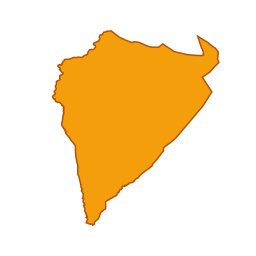 the district of Santa Cruz Itundujia, Oaxaca, Mexico, rotated 189°
{"feature_id": "50627088B33847319149889", "entity_name": "Santa Cruz Itundujia", "entity_type": "district", "adm_level": 2, "iso_a3": "MEX", "parent_name": "Mexico", "parent_adm1": "Oaxaca", "projection": "albers", "projection_center": [-97.652, 16.757], "detail": "fine", "context": "isolated", "style": "filled", "palette": "amber", "viewbox_px": 256, "rotation_deg": 189, "n_neighbors": 0, "source": "geoboundaries", "source_scale": "gbopen_adm2", "svg_char_len": 5768}
<svg xmlns="http://www.w3.org/2000/svg" viewBox="0 0 256 256"><g transform="rotate(189 128 128)"><path d="M164.6,219.5L164.7,219.4L164.8,219.4L165.1,219.2L166.5,219.1L166.8,218.9L167.5,217.7L167.9,216.2L168.3,216.0L169.9,215.6L170.3,215.2L170.6,214.6L170.5,213.2L170.4,212.6L170.0,211.8L170.0,211.2L170.3,210.0L170.7,209.4L171.2,209.0L171.6,208.8L171.9,208.5L172.9,207.7L175.0,206.5L175.2,206.2L175.2,205.3L175.1,205.0L174.4,204.7L173.5,204.5L173.1,204.1L172.8,203.4L172.7,202.8L172.8,202.6L173.3,202.0L173.6,201.1L174.4,200.1L175.3,199.8L176.5,199.9L177.5,199.5L178.4,199.0L178.8,197.7L179.3,197.2L179.4,195.8L179.4,195.5L179.6,195.0L180.1,194.0L180.7,193.6L182.1,193.0L183.4,191.7L183.8,191.1L185.1,190.4L188.1,190.3L190.1,189.5L190.8,189.4L191.4,189.5L193.0,189.0L195.1,187.7L197.2,186.6L200.7,186.0L201.5,185.6L201.5,184.6L201.6,184.4L202.4,183.9L202.6,182.8L203.4,181.3L203.3,181.1L203.0,180.6L203.2,180.0L203.8,179.8L204.4,179.8L204.8,180.0L205.7,179.8L206.4,179.1L206.7,179.2L206.9,178.9L206.9,178.0L206.4,177.5L205.0,176.8L204.2,176.1L204.3,175.4L204.7,175.2L204.8,175.0L204.2,174.6L203.6,174.4L203.3,173.9L202.8,173.3L201.8,172.6L201.2,172.5L200.8,172.2L200.7,171.8L200.8,171.3L201.6,170.5L201.9,169.8L202.5,169.4L202.9,169.5L203.1,169.6L203.6,169.0L203.5,167.6L203.3,167.1L203.3,166.7L202.6,165.7L202.7,165.4L203.2,164.7L204.1,164.0L204.9,163.7L205.9,162.8L206.0,162.3L205.5,160.2L205.7,159.5L206.3,157.9L206.2,157.5L205.2,155.8L205.1,154.8L206.4,153.3L206.5,152.2L205.3,151.0L205.2,150.4L205.8,149.6L207.1,148.2L207.5,147.0L206.7,146.5L206.7,146.0L205.5,144.9L204.4,145.1L204.4,144.9L204.8,144.5L204.1,144.0L203.7,142.9L202.3,142.8L201.8,142.3L201.5,142.2L200.8,142.5L200.1,142.7L199.6,142.5L198.7,141.9L197.0,141.0L197.0,140.0L196.7,139.8L195.9,139.9L195.9,139.5L195.4,139.1L194.7,138.9L194.7,138.4L194.8,137.7L194.9,137.3L194.4,137.2L194.3,136.7L194.4,136.4L194.3,135.9L194.4,135.2L194.1,135.0L194.2,134.7L194.4,134.8L194.5,134.6L194.4,134.0L193.7,133.6L194.0,132.4L193.6,131.8L194.0,131.3L194.1,128.4L194.1,127.2L193.8,126.5L194.0,125.5L193.9,123.3L194.2,122.9L194.0,122.3L194.0,120.9L193.4,119.8L193.1,119.4L192.4,118.6L192.2,118.5L191.8,118.2L191.6,117.7L191.4,117.3L190.7,117.3L190.1,116.6L189.9,116.2L190.0,116.1L189.9,115.8L189.7,115.2L189.4,115.1L189.1,115.1L188.8,115.0L188.7,114.9L188.8,114.7L188.6,114.4L188.8,114.1L188.9,113.5L188.8,113.4L188.6,113.4L188.6,113.1L188.2,112.7L187.8,112.2L187.2,111.8L186.9,111.4L186.6,111.2L186.2,110.8L185.6,110.3L185.3,110.1L183.6,108.5L182.8,107.4L178.3,103.3L177.3,102.3L177.0,100.9L176.0,95.5L174.5,90.0L173.7,88.1L173.3,86.5L171.9,83.9L171.3,81.1L171.4,80.7L171.3,80.4L171.2,79.5L171.1,79.4L171.0,78.7L170.9,77.9L170.8,77.1L170.4,75.8L170.2,74.9L170.3,74.4L170.1,74.0L169.9,73.7L169.7,73.5L169.6,73.4L168.7,72.0L168.5,71.4L165.9,65.0L165.9,64.6L165.6,64.5L165.4,63.3L165.2,62.6L165.0,61.9L164.7,61.6L164.2,61.5L163.9,61.2L163.7,60.8L164.1,60.0L163.8,59.7L164.1,58.9L164.0,58.1L163.4,57.8L162.8,57.4L162.3,56.2L161.5,55.4L161.8,54.2L161.6,52.3L162.0,51.6L161.4,51.1L160.8,51.3L160.7,51.1L160.9,50.3L160.8,47.9L160.0,47.4L159.5,46.6L158.6,45.9L158.9,45.5L159.8,44.7L159.7,44.4L159.1,44.4L158.9,44.1L159.0,43.5L159.0,43.0L158.1,42.0L157.9,41.4L157.7,40.3L158.0,39.4L157.9,39.1L157.3,38.6L156.7,38.0L156.5,37.7L156.3,37.5L156.1,37.3L156.2,36.5L155.6,36.3L155.4,36.0L155.5,35.4L155.1,34.7L154.6,34.5L154.4,34.3L154.8,33.8L155.1,33.3L154.6,33.3L154.7,33.0L154.6,32.7L153.6,31.7L153.9,30.5L154.0,30.4L154.0,30.1L154.1,29.8L154.3,29.3L154.4,29.2L154.5,29.0L154.4,28.4L154.5,28.3L154.2,27.6L153.2,27.8L152.4,27.6L151.5,27.2L151.1,27.2L150.1,27.2L148.5,27.5L147.6,26.5L146.1,28.0L146.4,29.9L143.6,33.0L143.0,33.9L142.8,34.4L142.3,37.5L142.2,37.9L141.9,39.9L140.8,41.6L140.7,41.6L140.2,41.6L139.7,42.7L139.6,43.0L139.2,43.2L138.9,43.5L138.5,43.8L137.5,44.8L137.7,47.0L138.4,50.3L138.6,51.4L138.6,51.5L137.5,52.8L136.4,53.8L135.6,54.1L135.1,54.4L134.8,55.0L134.1,55.8L133.0,56.4L132.7,56.5L132.2,57.2L130.1,58.8L128.9,59.5L128.7,59.8L128.6,60.0L128.5,61.0L128.1,61.8L128.1,62.1L128.0,62.4L127.8,62.4L127.7,62.7L127.3,62.8L127.1,62.9L127.1,63.4L126.9,63.5L126.7,63.9L126.7,64.1L126.7,64.5L126.5,64.8L126.5,65.1L126.4,65.5L126.3,65.8L126.2,66.0L125.9,65.9L125.5,66.1L125.1,66.2L125.2,66.5L125.1,66.9L124.9,67.0L124.5,67.3L124.4,67.5L124.6,67.7L124.6,67.9L124.5,68.2L124.5,68.3L124.6,68.6L124.7,69.0L124.3,69.6L124.0,69.9L123.6,69.9L123.3,69.7L123.0,69.8L122.9,69.8L122.5,69.9L122.3,69.9L122.1,70.0L121.9,70.1L121.9,70.4L121.7,70.6L121.7,70.9L121.4,70.7L121.1,70.9L120.8,71.1L120.5,71.3L120.3,71.2L120.1,71.3L119.8,71.8L119.5,72.2L119.2,72.4L118.7,72.8L118.5,73.7L116.3,74.4L114.2,75.6L114.1,76.0L113.6,76.6L113.3,77.3L113.0,77.7L112.6,78.4L112.1,78.9L111.2,79.8L110.0,80.4L109.1,82.6L107.2,85.0L104.2,88.3L101.1,91.2L98.3,94.2L98.2,95.9L97.0,97.6L94.7,101.3L90.9,108.4L89.3,110.8L89.5,110.9L89.7,114.3L87.6,116.5L84.2,119.8L79.5,125.2L77.3,128.7L75.9,131.1L75.1,132.2L74.8,132.8L74.5,133.3L73.5,135.0L72.7,136.3L72.5,136.6L70.9,139.2L69.8,141.0L62.1,153.9L60.9,155.8L58.3,160.0L57.5,161.4L53.8,169.9L52.0,174.2L51.3,175.7L50.8,176.7L62.6,189.8L59.5,192.5L55.5,196.6L53.0,200.8L48.5,206.9L50.3,209.9L50.7,217.2L51.8,218.2L53.3,219.6L54.3,220.5L55.8,221.1L58.3,222.4L59.2,222.8L61.1,224.0L62.0,224.7L73.5,229.5L68.6,219.9L67.7,218.2L67.3,218.1L65.3,214.3L65.2,212.8L64.8,212.0L64.8,211.8L65.1,211.8L65.2,211.7L65.4,211.7L65.6,211.6L65.7,211.2L74.2,210.1L74.5,210.2L81.0,209.7L81.6,209.8L82.3,209.8L84.2,210.0L93.8,210.6L94.3,210.7L96.3,211.7L101.8,214.1L106.9,216.5L110.5,212.5L118.6,211.5L121.3,211.9L130.7,214.3L135.2,214.2L135.8,214.0L137.4,213.0L144.1,214.4L150.5,216.2L155.5,218.9L159.9,221.3L163.8,220.2L164.3,220.2L164.4,219.9L164.5,219.7L164.6,219.5Z" fill="#f59e0b" stroke="#b45309" stroke-width="1.5"/></g></svg>